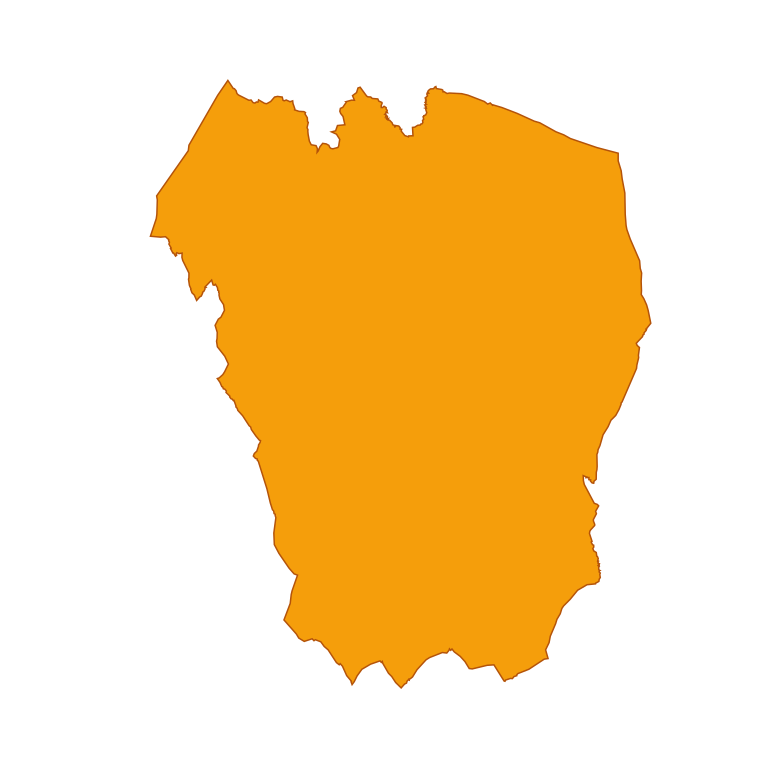 outline of Rakkestad nor, Østfold, Norway, rotated 9°
{"feature_id": "86288312B50253419979546", "entity_name": "Rakkestad nor", "entity_type": "district", "adm_level": 2, "iso_a3": "NOR", "parent_name": "Norway", "parent_adm1": "Østfold", "projection": "mercator", "projection_center": [11.413, 59.36], "detail": "fine", "context": "isolated", "style": "filled", "palette": "amber", "viewbox_px": 768, "rotation_deg": 9, "n_neighbors": 0, "source": "geoboundaries", "source_scale": "gbopen_adm2", "svg_char_len": 6130}
<svg xmlns="http://www.w3.org/2000/svg" viewBox="0 0 768 768"><g transform="rotate(9 384 384)"><path d="M589.0,629.5L585.2,621.3L587.5,613.6L587.7,607.1L591.0,593.9L591.6,589.4L594.0,583.4L594.8,577.9L596.1,575.1L601.7,567.3L607.5,557.4L615.9,550.5L624.2,548.3L624.2,547.6L627.1,545.4L627.1,543.1L627.9,541.3L626.9,538.3L627.2,536.9L625.9,536.0L625.9,534.6L626.4,534.4L625.1,533.7L624.7,531.1L625.1,530.7L624.4,530.2L624.9,530.0L624.9,529.2L624.0,529.2L624.8,527.8L623.3,527.4L623.4,526.5L622.8,525.9L623.5,525.3L622.7,524.9L622.9,522.9L621.8,521.0L621.1,520.8L620.0,517.2L617.4,516.1L616.0,514.0L616.7,512.2L616.3,510.4L615.1,510.1L613.5,508.0L613.4,507.5L614.1,506.9L610.3,499.5L610.3,497.3L610.9,495.8L614.2,490.8L614.1,489.7L612.3,486.6L612.0,485.1L614.1,478.9L612.9,476.6L615.1,470.8L613.6,469.6L610.3,468.9L597.6,452.0L596.1,448.4L595.1,443.3L597.8,444.0L598.2,444.9L599.0,444.1L599.5,444.7L601.0,444.3L601.3,446.4L603.1,446.4L603.0,447.4L604.7,449.0L606.3,449.3L606.8,448.9L606.5,448.3L606.7,447.1L608.5,444.9L607.5,438.0L607.7,435.2L607.4,431.9L605.3,420.3L605.8,417.9L605.7,415.4L606.9,411.1L608.3,399.9L612.0,391.1L613.8,384.3L617.8,378.8L620.1,372.3L621.3,367.1L621.2,365.5L621.9,364.6L631.0,329.1L630.8,325.7L631.4,318.2L630.8,315.9L630.6,308.0L628.0,306.3L626.8,304.3L631.9,296.8L632.1,295.0L633.0,294.3L632.9,292.7L634.5,290.2L634.2,289.0L634.7,289.1L635.0,287.6L638.0,282.3L633.4,270.0L631.0,264.8L627.3,259.1L624.1,255.4L623.7,251.4L621.9,242.2L621.1,234.1L619.0,229.7L617.2,222.3L604.5,202.3L599.7,193.4L598.3,189.5L595.7,178.6L592.0,157.7L587.2,144.3L584.9,136.3L580.4,127.0L579.2,119.4L557.4,117.2L529.7,112.4L522.6,109.8L514.4,108.0L496.9,101.6L491.3,100.9L473.2,95.9L457.3,92.5L447.6,91.2L448.1,91.6L447.7,91.8L445.0,89.8L442.6,91.3L438.9,89.3L421.7,85.6L415.2,85.1L403.1,86.4L400.8,87.2L397.6,85.9L396.6,86.2L396.1,84.6L395.1,84.1L389.5,84.0L388.7,82.1L387.6,82.9L386.8,84.6L383.7,85.3L381.9,87.2L381.5,88.7L382.3,89.6L381.2,89.6L381.1,90.2L381.9,90.2L381.0,91.0L381.9,92.6L380.5,94.4L380.6,95.0L380.0,95.2L381.0,96.4L380.6,97.0L381.3,97.5L380.6,99.3L381.4,99.2L381.2,101.0L381.9,101.2L380.6,102.0L382.2,103.5L381.8,103.8L382.4,104.2L382.3,104.9L381.8,105.1L382.6,105.3L382.2,105.8L382.5,106.8L383.8,109.3L383.1,111.7L381.3,112.8L381.4,113.5L380.8,113.9L381.8,116.4L380.8,117.6L381.5,119.7L380.8,121.1L379.7,121.5L379.3,122.5L376.8,123.2L374.2,125.5L372.0,126.1L373.8,134.3L369.6,135.1L369.5,136.0L365.7,135.4L361.4,131.5L361.6,129.7L360.0,129.7L359.8,128.3L358.2,126.9L354.6,126.9L355.0,128.0L354.5,128.4L353.6,126.9L352.2,126.6L351.1,124.7L348.3,122.6L346.8,122.6L346.9,121.7L346.3,122.4L345.4,122.1L344.6,121.1L345.4,120.3L345.2,119.8L345.8,120.4L345.5,119.1L344.7,118.6L343.9,119.4L344.1,118.0L342.6,117.5L343.4,116.7L343.5,115.1L344.9,115.4L344.2,114.2L344.4,113.2L343.1,112.1L342.9,110.7L340.6,109.7L339.3,111.2L338.1,111.3L337.7,109.8L338.2,106.8L337.8,106.2L334.6,105.4L333.3,103.4L327.7,103.8L326.0,102.6L323.1,102.9L321.8,102.3L314.0,94.6L312.0,95.7L311.3,100.5L307.8,104.1L310.4,108.4L307.6,108.7L302.5,111.0L302.9,111.1L300.0,117.2L297.8,118.6L297.7,121.5L298.9,123.6L301.7,126.2L304.8,134.1L297.6,136.0L296.6,141.5L292.7,143.2L298.0,144.7L302.0,149.3L302.0,155.9L301.5,157.6L296.7,159.7L294.7,159.6L293.5,158.9L292.2,156.9L289.4,155.9L285.8,155.9L283.6,159.7L282.6,164.1L281.7,165.6L281.5,162.1L279.6,159.2L274.7,159.1L272.3,155.8L270.0,149.3L269.1,145.8L269.2,144.9L267.9,142.9L268.3,137.4L267.4,136.7L266.6,133.0L263.7,129.6L264.0,128.2L262.3,127.5L257.4,128.0L252.8,127.2L252.9,126.2L250.2,121.1L249.5,118.6L247.0,119.9L243.0,118.8L241.1,119.9L239.9,119.6L238.6,116.5L233.9,116.6L231.0,117.7L227.9,122.7L224.3,125.5L222.2,125.5L215.7,123.0L215.4,125.4L213.8,125.4L212.6,126.7L210.7,126.6L208.3,124.3L206.2,124.9L195.0,121.3L193.3,120.1L192.0,117.4L190.0,115.7L188.9,115.7L182.3,108.6L174.6,124.8L154.0,178.6L154.2,184.2L130.0,233.8L131.3,237.6L133.1,251.8L133.2,256.3L130.2,274.6L140.3,273.9L145.2,272.7L148.8,275.1L148.9,276.3L149.9,277.5L149.7,279.5L152.5,283.0L151.9,283.5L155.0,287.7L155.6,287.5L158.1,290.3L159.1,289.2L158.3,287.8L158.8,286.7L161.1,287.3L164.1,286.3L164.6,290.5L165.9,293.5L174.0,305.0L174.7,309.7L174.5,311.0L176.4,317.1L178.4,320.2L178.3,320.8L180.1,324.0L182.7,325.8L185.9,330.8L188.3,326.9L189.8,325.7L190.6,322.8L190.5,321.7L191.5,320.8L192.3,318.5L192.1,317.0L193.0,316.5L192.1,316.1L197.5,308.3L199.7,312.9L200.9,313.0L201.9,311.9L204.4,314.8L205.2,317.4L206.3,318.1L206.4,319.4L207.1,320.5L207.1,321.9L208.6,325.7L213.1,330.7L214.9,336.2L212.5,343.5L210.2,345.9L208.0,352.5L211.2,359.0L212.0,365.2L211.9,367.9L213.6,373.3L222.4,381.5L227.2,388.6L224.7,396.8L223.3,400.0L220.2,403.8L218.5,404.7L221.7,408.0L224.2,411.9L225.1,412.1L226.1,413.9L227.4,413.9L229.4,415.5L229.3,417.1L233.6,420.1L233.6,420.9L235.2,422.5L236.5,422.7L237.8,424.0L238.4,423.7L241.2,428.8L241.3,429.8L242.8,431.0L243.8,433.0L249.3,437.4L257.3,446.3L259.0,447.3L260.1,449.7L265.7,455.5L269.7,459.0L270.9,459.2L270.8,461.0L269.6,464.0L269.8,464.9L268.9,470.2L266.8,472.9L266.2,475.6L268.7,477.6L270.6,477.9L270.8,479.2L271.9,479.9L284.8,505.9L290.4,519.4L293.5,525.6L294.9,526.7L295.7,529.2L297.0,529.7L297.1,531.0L298.1,532.9L298.5,548.4L300.8,559.8L306.8,567.8L319.1,580.8L324.9,585.6L328.5,586.3L325.6,602.5L325.3,606.4L325.7,615.4L322.1,632.7L336.5,644.6L339.6,648.3L345.5,650.7L352.9,646.9L355.0,648.5L356.2,647.3L361.9,648.5L366.0,652.6L370.4,655.3L380.6,666.6L383.7,668.3L384.5,667.1L387.1,669.2L392.8,677.9L398.3,682.7L398.0,683.2L399.5,685.9L401.2,682.6L403.1,676.5L406.8,669.2L414.6,662.8L423.4,658.1L424.9,659.4L425.7,658.3L426.5,660.1L433.7,669.0L437.4,671.7L442.2,677.0L448.5,681.5L451.2,677.2L453.0,675.9L453.3,673.7L454.4,672.3L455.2,672.5L454.9,671.4L456.0,671.1L458.0,668.9L461.3,661.0L468.7,649.8L471.9,647.0L483.6,640.1L488.1,639.9L489.9,636.8L490.1,635.4L491.6,636.6L492.6,635.1L495.3,637.6L501.9,641.1L507.4,645.5L512.7,651.7L515.7,651.6L529.9,645.7L536.5,644.2L549.1,658.6L550.0,658.7L550.4,657.4L555.0,655.0L556.9,654.9L558.2,652.6L560.8,651.3L560.6,650.5L561.5,649.1L571.7,643.1L585.3,630.7L589.0,629.5Z" fill="#f59e0b" stroke="#b45309" stroke-width="1.5"/></g></svg>